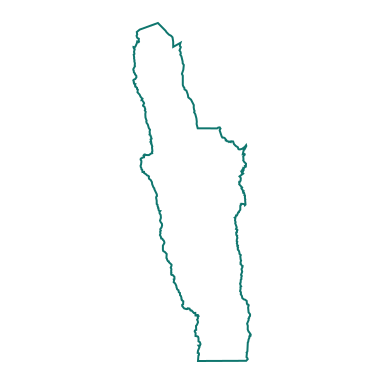 Paclin, Catamarca, Argentina
{"feature_id": "61730980B62302984984112", "entity_name": "Paclin", "entity_type": "district", "adm_level": 2, "iso_a3": "ARG", "parent_name": "Argentina", "parent_adm1": "Catamarca", "projection": "mercator", "projection_center": [-65.679, -28.096], "detail": "fine", "context": "isolated", "style": "outline", "palette": "teal", "viewbox_px": 384, "rotation_deg": 0, "n_neighbors": 0, "source": "geoboundaries", "source_scale": "gbopen_adm2", "svg_char_len": 6036}
<svg xmlns="http://www.w3.org/2000/svg" viewBox="0 0 384 384"><path d="M246.1,145.2L244.9,146.8L242.2,148.8L240.0,149.4L238.8,149.3L238.3,148.9L237.9,147.3L235.7,145.9L234.0,144.1L233.1,141.5L231.2,141.3L230.8,142.1L229.9,141.6L229.0,142.0L228.6,141.5L227.0,141.2L226.3,140.1L225.7,140.3L225.4,138.9L224.7,138.1L223.7,137.6L222.4,137.6L221.7,136.5L219.7,130.5L219.7,129.9L220.5,128.6L219.7,127.4L218.2,127.6L217.4,128.3L216.7,128.4L197.7,128.3L196.6,124.0L196.8,121.7L196.4,118.3L195.3,114.2L194.1,112.2L194.6,111.0L194.1,109.8L193.7,107.4L193.8,105.1L191.0,99.6L188.3,97.4L187.8,94.5L186.4,90.6L184.5,89.4L184.3,87.7L183.4,86.6L182.8,85.0L182.8,75.7L181.9,73.9L183.3,69.8L183.8,65.0L182.7,63.3L182.6,61.4L181.4,56.3L180.3,54.7L180.8,53.3L180.5,51.9L179.5,50.4L180.8,47.1L179.9,46.0L179.9,44.7L180.5,42.8L173.2,46.9L173.2,41.8L172.5,37.3L171.1,35.8L168.9,34.6L166.5,32.2L165.6,30.8L157.9,23.0L139.7,29.6L136.8,32.0L137.2,34.6L136.6,35.6L136.8,36.8L137.5,38.1L138.8,38.7L138.7,40.8L139.0,41.7L138.6,42.2L137.2,41.5L136.8,43.4L135.3,46.7L134.6,47.3L133.5,47.0L133.5,47.4L134.1,48.8L134.7,49.2L134.0,51.9L134.4,53.5L134.3,54.2L133.7,54.6L134.2,57.4L134.0,58.1L134.5,60.4L134.3,61.0L134.9,63.3L134.7,65.5L135.0,66.1L133.4,68.9L133.3,69.9L133.7,70.4L133.9,72.4L134.9,73.4L135.0,74.3L136.3,75.8L136.4,77.3L135.3,79.0L133.6,79.8L133.3,80.5L133.9,81.9L133.8,82.6L134.1,82.9L134.0,83.4L134.4,84.0L135.3,84.1L135.0,84.8L135.2,86.4L135.7,86.4L136.0,87.1L137.0,87.8L137.0,89.0L137.8,89.6L137.5,92.3L139.6,94.6L140.6,96.8L141.9,98.2L142.0,98.7L141.7,99.7L142.2,99.5L142.0,100.1L143.8,102.5L144.1,103.3L143.0,105.4L143.2,106.0L144.4,106.7L145.3,109.2L144.8,110.3L145.7,111.8L145.3,113.9L145.5,117.6L146.6,120.8L146.3,121.4L146.6,122.9L147.8,124.5L148.8,128.0L150.0,129.8L149.6,131.9L149.9,133.3L149.5,134.6L150.6,135.4L150.7,136.6L151.2,137.1L151.2,137.8L151.6,138.7L150.6,139.4L151.1,141.1L150.6,141.7L151.0,141.8L151.3,142.4L151.0,143.7L151.7,144.2L151.7,145.0L152.3,146.3L152.0,147.1L152.4,151.2L152.0,151.9L152.2,153.2L151.3,153.4L148.9,155.1L145.9,155.0L145.4,154.6L144.4,154.5L143.6,155.4L144.2,156.1L144.0,157.3L142.3,157.6L141.8,158.2L140.8,158.6L140.6,159.7L141.3,160.7L141.4,161.8L141.0,164.8L140.6,165.5L140.7,166.8L141.4,168.2L141.5,169.4L142.2,169.8L142.5,172.0L144.0,171.9L144.1,173.0L146.1,174.3L147.0,175.3L148.6,176.0L149.0,176.7L148.8,177.6L149.0,178.7L150.7,180.0L151.9,182.1L152.2,184.3L153.5,187.4L154.3,188.3L154.4,189.3L156.8,194.3L157.0,196.0L156.4,196.5L156.1,197.7L156.7,200.7L156.7,204.0L157.5,204.7L157.5,205.9L158.2,207.4L158.0,207.9L158.5,208.4L158.6,210.0L159.3,211.0L160.2,211.1L159.5,212.1L159.6,213.3L160.7,215.0L160.9,217.9L160.0,220.6L160.7,222.2L161.9,223.7L162.1,225.4L161.5,227.5L160.3,229.1L160.4,230.2L160.8,230.7L160.1,231.9L160.5,233.2L159.9,235.0L160.8,236.6L161.2,238.5L162.3,238.7L163.0,240.0L163.7,240.5L164.4,242.3L164.3,243.2L162.9,245.6L162.9,249.9L163.2,251.0L165.0,252.1L166.7,254.0L166.4,258.0L166.8,258.4L167.1,259.6L167.9,261.1L168.8,261.4L168.9,262.2L171.5,264.6L171.5,265.8L170.7,267.7L171.2,268.4L171.4,269.8L171.1,270.9L171.4,272.6L171.1,273.0L171.3,273.3L171.2,274.5L171.5,274.9L172.7,275.0L174.4,276.8L174.5,278.9L173.8,279.3L174.1,279.8L173.7,282.2L174.9,283.2L175.5,284.1L176.4,286.1L176.4,286.9L177.2,289.3L178.5,290.3L178.8,292.2L179.9,292.9L180.1,295.3L180.9,296.0L181.4,297.6L181.4,299.0L181.8,299.4L181.8,300.1L183.3,301.3L183.1,304.3L182.2,304.8L182.2,306.0L184.1,308.4L186.4,309.1L186.9,308.8L187.6,309.0L187.9,308.3L189.5,308.6L190.5,310.5L191.5,310.4L193.9,313.0L195.3,312.9L195.5,315.5L196.8,315.6L197.2,315.0L197.8,315.0L198.1,315.2L198.6,316.2L197.8,317.1L197.9,318.5L197.1,319.7L197.8,321.1L198.0,322.3L196.9,324.9L196.0,325.9L196.2,329.9L194.9,330.5L194.7,331.5L195.6,333.0L195.5,336.0L197.6,336.4L198.1,336.8L198.5,338.2L198.5,341.4L199.9,342.2L200.5,344.1L200.0,345.4L198.5,345.6L199.5,347.0L198.0,350.7L197.7,352.9L198.9,353.3L199.0,354.8L198.4,355.7L198.0,361.0L246.2,360.8L247.7,359.2L247.4,358.2L246.5,357.1L246.9,353.2L246.6,352.5L247.3,351.7L247.4,350.9L247.8,342.4L248.2,341.9L248.6,339.4L249.4,337.7L249.3,336.7L249.6,335.9L250.0,336.2L250.5,335.9L250.7,334.5L249.1,332.1L248.6,331.7L247.7,329.4L247.8,325.8L247.1,323.7L248.7,319.9L248.5,318.5L249.1,318.1L249.2,317.0L250.0,316.0L250.1,314.8L249.9,314.0L248.6,312.4L248.1,307.5L248.7,305.2L248.3,304.6L247.4,304.5L246.9,303.6L246.7,300.9L245.1,299.7L243.9,299.4L242.3,298.1L241.9,296.0L240.7,294.1L241.0,293.1L240.8,292.0L240.1,291.2L240.6,288.5L240.4,287.2L240.6,286.6L241.1,286.4L240.3,284.7L240.1,283.3L240.6,282.8L240.8,279.7L241.4,279.1L241.3,277.2L241.8,276.0L241.0,274.9L242.2,271.7L241.5,269.1L242.4,267.3L242.6,266.1L242.0,266.0L241.1,264.4L240.6,264.0L240.8,263.8L240.5,262.4L241.1,260.5L240.7,259.7L240.3,256.3L240.8,255.1L239.5,253.9L239.3,252.1L238.7,250.4L237.9,249.8L237.7,248.8L238.1,247.7L237.6,247.0L237.9,245.9L237.3,245.9L237.2,244.1L236.8,243.3L237.3,241.8L236.7,241.2L236.9,239.1L237.4,238.0L237.0,236.6L237.2,235.7L236.5,235.2L236.3,234.6L236.2,232.5L236.9,232.2L237.0,230.7L237.4,230.1L237.3,229.7L236.0,229.0L236.7,227.3L235.2,223.1L235.6,222.2L235.0,220.4L235.3,218.4L234.7,217.7L235.6,217.1L236.0,215.5L236.7,215.6L237.1,215.1L238.2,212.4L238.9,212.2L239.0,211.5L240.3,209.7L240.3,205.8L240.9,205.1L240.8,204.3L241.5,204.1L241.5,203.8L243.5,204.0L244.7,204.5L244.9,205.2L245.5,204.6L245.1,199.9L245.3,199.6L244.9,197.9L245.0,195.8L244.4,195.3L244.6,194.8L244.1,193.0L243.4,192.9L243.5,191.4L243.0,191.6L242.6,189.9L241.5,188.6L241.4,188.2L242.1,187.5L239.2,184.3L239.4,183.5L239.1,182.1L239.3,181.7L240.0,181.7L240.6,180.6L240.8,178.3L240.5,177.5L239.5,176.4L243.2,173.6L242.6,173.0L242.1,173.2L241.8,172.8L241.9,172.2L241.5,171.6L242.9,171.5L243.2,170.7L242.2,170.0L242.7,169.2L243.6,169.4L243.4,167.8L244.3,167.8L244.7,167.2L245.7,166.7L245.1,165.8L245.9,165.5L246.0,163.7L244.2,161.9L243.2,160.3L243.5,159.4L243.2,156.3L244.7,154.7L244.7,154.2L243.8,153.7L242.8,154.0L243.7,150.1L244.5,149.5L245.5,147.6L246.3,146.0L246.1,145.2Z" fill="none" stroke="#0f766e" stroke-width="2"/></svg>